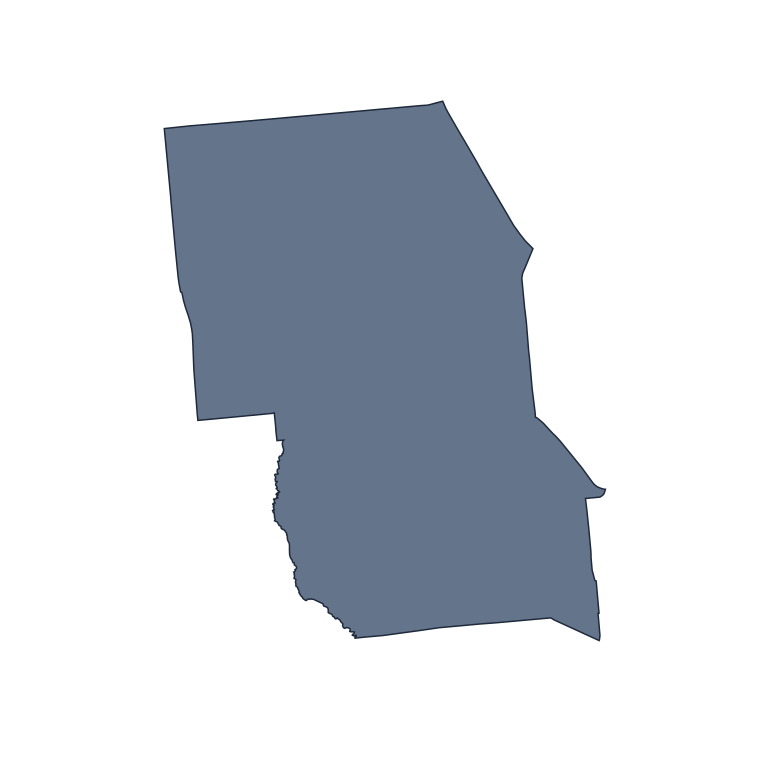 the district of Greater Dandenong, Victoria, Australia, rotated 166°
{"feature_id": "25037944B63075132073997", "entity_name": "Greater Dandenong", "entity_type": "district", "adm_level": 2, "iso_a3": "AUS", "parent_name": "Australia", "parent_adm1": "Victoria", "projection": "mercator", "projection_center": [145.221, -38.001], "detail": "fine", "context": "isolated", "style": "filled", "palette": "slate", "viewbox_px": 768, "rotation_deg": 166, "n_neighbors": 0, "source": "geoboundaries", "source_scale": "gbopen_adm2", "svg_char_len": 6059}
<svg xmlns="http://www.w3.org/2000/svg" viewBox="0 0 768 768"><g transform="rotate(166 384 384)"><path d="M504.6,192.2L498.1,186.9L497.6,186.6L496.3,185.3L496.3,184.9L496.4,184.0L496.1,183.4L496.1,183.0L493.9,181.7L493.2,180.7L492.7,180.1L492.7,179.3L492.8,178.2L493.4,175.7L492.9,175.1L490.4,173.2L490.2,172.9L489.9,171.0L489.7,170.7L488.9,170.3L488.3,168.7L488.2,168.6L488.2,168.3L488.0,168.0L487.6,167.7L487.3,167.7L486.2,168.2L485.9,168.3L484.9,166.8L484.5,166.3L484.2,166.2L484.0,165.8L483.7,165.2L483.5,164.2L483.3,163.3L482.6,162.4L482.3,162.1L482.0,161.4L482.0,160.9L482.4,160.3L482.6,159.8L482.4,157.8L482.3,157.4L482.1,157.1L481.2,156.4L480.5,156.6L479.6,156.6L478.2,156.4L477.5,156.1L476.3,154.7L476.2,154.2L476.1,153.8L476.2,153.5L477.2,152.3L477.2,152.2L475.9,151.5L475.3,151.3L474.5,151.2L472.7,150.5L472.8,150.3L473.1,149.9L473.3,149.4L473.8,148.8L474.7,148.8L475.1,148.6L475.5,148.3L475.5,148.0L475.5,147.9L475.3,147.8L474.8,147.3L473.7,146.6L473.4,146.6L472.2,147.0L471.8,146.8L471.8,146.7L471.8,146.4L472.1,145.9L472.4,145.6L473.1,145.3L473.5,145.0L473.7,144.6L473.6,144.3L473.2,144.3L472.2,144.3L472.1,144.2L464.9,143.2L445.8,140.2L410.4,136.3L389.5,134.2L365.1,130.4L349.4,128.0L333.1,125.2L278.7,116.7L276.1,114.0L237.3,83.0L236.8,83.8L235.3,87.7L235.1,88.9L231.8,109.7L230.8,109.6L225.8,141.6L227.0,142.7L227.0,148.7L227.1,152.0L227.1,152.9L225.1,165.5L224.3,168.8L223.6,172.5L220.3,194.1L217.9,210.9L216.2,224.2L201.8,222.0L199.2,222.9L198.2,223.5L197.2,224.2L196.6,225.0L195.8,226.2L194.6,228.3L196.2,228.8L199.5,230.8L202.2,232.9L204.2,235.6L205.4,237.9L212.3,254.9L225.5,283.1L227.3,286.8L230.1,291.9L232.0,294.9L234.6,299.5L237.2,304.4L238.6,306.9L239.8,308.8L243.3,313.6L243.9,314.3L244.4,314.7L245.1,315.0L244.2,320.4L241.4,343.5L236.4,375.0L235.8,380.1L231.0,409.1L229.4,421.3L229.4,422.2L224.7,453.3L222.6,458.0L218.5,463.3L206.7,479.3L212.2,488.5L215.8,496.4L219.9,506.7L223.6,519.4L237.7,567.2L240.2,576.7L247.9,603.2L249.0,606.7L256.0,631.1L257.3,636.3L258.6,644.2L274.0,644.0L281.3,645.3L396.4,663.3L451.8,672.0L509.7,681.4L535.4,685.0L545.8,616.6L546.5,612.7L554.1,563.7L557.9,537.5L558.6,530.7L559.1,522.6L558.0,521.7L558.3,513.4L558.1,506.6L557.3,497.0L557.0,490.0L557.3,483.9L557.8,479.1L559.3,471.3L564.4,447.0L565.2,442.9L572.5,399.9L573.4,393.7L557.8,391.3L504.0,383.2L499.4,382.5L497.4,382.5L497.6,381.6L499.4,369.2L500.4,363.7L501.5,354.9L501.2,354.9L494.9,353.8L495.9,353.1L496.2,352.5L496.7,351.8L497.2,350.5L497.3,349.5L497.3,348.2L497.2,348.3L497.2,346.5L497.3,346.6L497.2,345.3L497.3,344.6L497.5,343.7L497.9,343.0L498.0,342.7L498.4,342.4L498.5,342.0L498.4,341.6L498.5,341.1L498.8,341.1L499.4,341.1L499.8,340.9L500.0,340.5L500.2,339.8L500.8,339.3L501.3,339.2L502.3,339.2L502.7,339.1L503.3,338.7L503.7,338.2L503.9,337.5L503.8,335.8L503.8,335.4L503.9,334.8L504.1,334.5L504.4,334.4L504.7,334.3L505.4,334.8L505.7,334.8L506.0,334.6L506.0,334.4L505.7,333.7L505.7,333.0L506.2,327.4L508.1,326.9L508.9,324.8L508.9,323.9L508.5,322.9L508.4,322.7L508.5,322.5L508.7,322.3L509.4,322.2L509.7,322.2L510.5,322.7L511.1,322.8L511.7,322.6L512.0,322.3L512.1,322.1L511.7,320.0L511.8,319.1L511.9,318.8L512.7,318.1L512.7,317.0L512.9,316.0L512.7,315.9L512.4,315.8L511.4,315.2L511.2,315.1L511.2,314.9L511.4,314.7L511.9,314.7L512.3,314.5L513.1,313.6L513.5,312.7L513.5,312.2L513.4,311.8L512.8,310.4L512.8,310.0L512.9,309.5L512.8,309.2L513.1,308.9L513.7,308.8L513.9,308.5L513.8,308.3L513.4,308.3L513.2,308.1L513.0,307.0L512.8,306.2L512.6,306.0L512.1,305.9L511.5,304.9L511.4,304.6L511.6,304.3L512.0,304.1L512.7,304.3L513.3,304.3L514.8,303.6L515.4,303.1L515.4,302.9L515.4,302.7L514.8,302.3L514.6,302.4L514.3,302.8L513.9,303.0L513.6,303.1L513.4,303.0L513.4,302.7L513.9,301.7L514.3,301.3L515.0,301.0L515.3,300.5L515.4,300.1L515.3,299.9L514.6,299.4L514.5,299.2L515.0,299.1L515.8,299.5L516.0,299.5L516.7,298.9L517.1,298.6L517.6,298.7L518.4,299.2L518.6,299.1L518.9,298.9L519.0,298.8L518.9,298.5L518.6,297.8L518.7,297.4L518.7,296.5L518.9,295.7L518.5,295.2L518.6,294.9L518.7,294.7L519.0,294.7L519.8,294.9L520.2,294.9L520.8,294.6L521.0,294.3L521.0,294.0L520.9,293.7L520.6,293.4L520.1,293.3L520.0,293.1L519.9,292.9L520.1,292.6L521.2,291.6L521.2,291.4L520.9,290.6L521.2,289.6L521.2,289.2L521.0,288.5L521.0,288.2L521.3,288.1L522.3,288.4L522.6,288.3L522.8,288.1L522.6,287.4L522.3,286.8L521.7,286.2L521.9,286.0L522.4,285.8L522.1,285.4L521.8,284.8L521.9,284.0L522.2,283.0L522.1,282.7L522.3,281.8L522.4,281.4L522.5,280.9L522.3,279.6L522.3,279.3L522.7,278.4L523.1,278.1L523.3,277.8L522.2,276.8L521.4,276.3L520.9,275.8L520.6,275.0L520.5,273.9L520.0,272.5L520.0,272.1L518.8,271.2L518.5,270.7L518.4,269.8L518.7,269.3L518.5,268.5L518.3,268.2L517.9,268.0L517.2,267.2L516.9,267.0L516.5,266.9L516.3,266.7L515.6,265.5L515.5,265.1L515.5,264.7L515.2,264.2L515.0,263.7L514.6,262.9L514.8,262.2L514.6,261.3L514.9,261.0L514.6,259.7L514.7,259.2L515.0,258.6L515.1,258.2L515.1,257.7L515.0,257.0L515.3,256.4L515.1,255.3L515.0,254.3L514.5,252.1L514.5,251.8L515.2,248.6L515.4,247.6L515.7,246.7L516.8,241.6L516.9,240.0L516.7,237.8L516.4,236.8L515.9,235.9L515.8,235.3L515.8,234.3L515.6,233.0L515.5,232.7L515.0,232.4L514.6,232.3L514.4,232.1L514.4,231.8L514.8,230.5L514.8,230.2L513.6,228.7L513.3,228.2L513.2,227.5L513.3,226.6L513.6,226.2L514.1,225.8L515.0,225.6L515.4,225.4L515.4,225.2L515.1,224.6L515.2,224.3L516.4,223.4L517.2,223.3L516.8,222.1L517.3,220.9L517.0,220.1L517.4,219.4L517.4,219.0L517.5,218.7L517.8,218.1L518.2,217.5L518.3,217.1L518.3,216.9L518.1,216.8L517.2,216.4L516.9,215.9L516.8,215.6L516.9,215.1L517.5,214.1L517.7,213.6L517.9,212.4L517.8,211.5L518.1,210.5L518.3,209.5L518.2,209.0L518.1,208.6L517.3,208.1L517.1,207.7L517.0,206.8L517.1,206.3L517.0,206.2L516.5,203.3L516.6,203.0L516.9,202.6L517.0,202.0L516.4,200.6L516.2,200.3L516.4,200.1L516.0,198.9L515.5,197.9L515.1,197.5L515.0,197.1L514.8,196.8L514.6,195.7L514.1,194.9L513.7,194.5L513.0,193.6L512.5,193.0L511.9,192.8L511.3,192.8L510.9,193.1L510.5,193.6L510.2,193.6L509.2,193.6L508.7,193.4L508.5,193.1L507.7,193.1L506.6,193.2L506.1,192.7L504.6,192.2Z" fill="#64748b" stroke="#1e293b" stroke-width="1.5"/></g></svg>